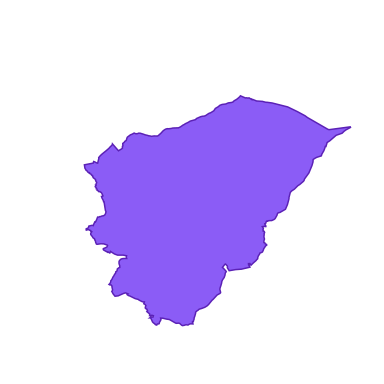 outline of Bengesti-Ciocadia, Gorj, Romania, rotated 209°
{"feature_id": "2599482B44162004756162", "entity_name": "Bengesti-Ciocadia", "entity_type": "district", "adm_level": 2, "iso_a3": "ROU", "parent_name": "Romania", "parent_adm1": "Gorj", "projection": "orthographic", "projection_center": [23.617, 45.092], "detail": "fine", "context": "isolated", "style": "filled", "palette": "violet", "viewbox_px": 384, "rotation_deg": 209, "n_neighbors": 0, "source": "geoboundaries", "source_scale": "gbopen_adm2", "svg_char_len": 5995}
<svg xmlns="http://www.w3.org/2000/svg" viewBox="0 0 384 384"><g transform="rotate(209 192 192)"><path d="M196.3,299.6L196.4,298.6L197.0,296.8L197.9,294.6L199.2,292.5L199.6,291.6L199.9,290.4L200.8,289.5L203.5,287.5L205.2,285.3L208.1,283.2L209.7,281.3L210.4,279.3L212.1,276.4L212.3,273.6L214.2,270.2L215.1,269.3L215.8,268.1L217.1,265.5L218.1,264.3L219.6,263.3L221.0,262.0L223.8,258.3L223.9,257.3L224.1,256.9L227.9,253.2L229.2,250.9L231.0,248.4L231.6,247.1L232.2,246.4L233.6,243.5L234.9,241.6L239.7,238.7L241.0,237.5L243.1,236.0L244.3,235.4L245.3,234.5L246.1,233.3L246.9,231.6L247.9,227.5L248.4,226.6L248.6,225.5L249.3,224.2L252.4,222.6L254.5,221.0L255.9,220.7L257.0,220.2L258.2,220.0L260.6,219.3L262.6,219.0L265.8,218.3L267.2,217.6L267.9,216.7L268.7,216.1L269.8,215.6L271.2,215.5L272.3,213.7L273.6,212.1L275.1,208.7L275.1,207.9L274.6,205.6L274.6,205.0L275.3,203.8L275.4,202.5L276.1,200.9L275.9,200.5L274.8,198.9L275.0,198.4L274.9,198.1L274.7,197.5L274.1,196.8L274.3,195.9L276.3,192.4L284.9,195.5L284.7,195.0L284.7,194.5L285.1,192.8L285.6,191.2L285.8,190.0L287.2,186.2L289.0,181.8L289.8,179.4L290.3,176.9L289.8,176.2L288.5,171.5L289.6,171.2L291.8,171.2L292.8,171.0L292.4,169.4L299.3,163.6L297.2,160.9L295.8,160.1L295.1,159.6L294.0,159.6L293.0,159.0L291.6,158.8L291.3,158.8L291.0,159.2L290.8,159.1L290.7,158.6L288.7,158.6L288.5,158.3L287.9,158.3L287.7,158.0L286.6,157.9L286.3,157.2L285.4,156.9L285.2,156.6L282.5,156.2L282.4,155.8L281.7,155.3L281.4,154.9L280.1,154.3L279.8,153.5L279.9,152.9L279.6,152.3L279.6,152.0L279.3,151.7L279.7,151.3L279.2,151.0L279.2,150.5L279.3,149.9L279.2,149.7L278.9,149.7L277.4,149.0L277.3,148.4L276.7,148.5L276.1,148.1L275.8,147.5L275.5,147.6L274.6,147.5L273.9,147.1L272.7,147.7L272.4,147.5L271.2,147.6L270.2,147.1L268.0,145.4L268.4,144.6L269.0,144.2L267.7,143.0L265.8,141.8L265.1,141.2L264.6,140.6L264.2,140.8L258.7,133.8L257.8,133.2L257.6,132.9L257.2,131.4L257.1,129.8L257.4,129.4L257.6,128.7L257.9,128.3L259.1,127.4L259.9,126.3L260.8,125.7L261.3,124.9L262.4,124.3L262.0,121.5L261.9,118.9L262.5,118.8L262.3,115.6L262.0,114.8L263.4,114.3L265.7,112.2L265.7,111.9L265.3,110.9L265.3,110.6L265.6,109.9L266.7,108.5L266.6,108.2L266.0,107.4L265.8,107.5L264.9,108.5L263.8,109.1L263.2,108.9L262.3,109.0L262.1,109.2L261.9,109.2L261.8,108.9L261.4,108.5L260.4,108.6L260.6,106.8L260.0,105.8L258.8,105.2L257.7,104.8L256.2,103.9L254.7,103.9L254.1,103.5L254.1,103.1L252.8,102.4L251.8,101.2L250.3,100.1L249.6,100.3L246.8,102.4L244.2,103.8L240.4,104.5L240.0,104.4L239.7,102.8L240.4,101.6L242.1,99.5L242.0,99.1L241.6,98.6L241.0,98.4L236.6,98.4L236.7,98.8L236.4,98.9L234.3,98.8L234.3,99.9L234.5,100.5L229.8,100.2L226.5,100.7L221.6,103.4L218.3,104.5L218.1,103.6L217.6,102.8L216.9,102.2L219.4,100.8L220.8,99.8L221.8,98.5L222.2,96.6L222.1,95.8L221.3,94.3L220.8,93.7L219.4,92.4L218.6,91.0L219.2,90.4L220.0,88.5L219.4,86.8L219.5,86.2L220.0,85.2L219.5,84.0L219.8,82.4L219.7,80.9L219.9,79.3L219.7,76.9L219.8,75.8L220.0,75.1L219.5,73.8L219.4,73.1L219.6,71.6L219.8,70.9L218.8,70.9L217.8,71.5L216.3,70.9L216.1,70.3L214.1,68.0L213.8,67.2L214.0,66.2L211.5,64.6L208.8,63.5L206.2,65.4L202.6,70.2L201.3,71.5L198.9,71.9L198.7,71.9L199.2,71.2L199.1,70.8L198.0,70.7L197.5,70.6L196.1,70.9L190.0,71.2L186.9,72.0L186.1,71.8L182.8,71.9L181.7,72.1L180.4,72.8L180.0,70.9L178.8,70.9L177.3,70.4L177.0,68.7L176.7,68.0L176.5,67.8L176.0,67.9L175.8,67.6L174.4,67.6L174.2,67.1L173.2,66.5L173.5,65.5L169.9,64.8L169.2,63.3L167.2,64.8L165.8,65.1L165.5,63.6L166.4,63.1L167.5,63.0L167.6,62.2L167.9,61.5L167.4,61.8L167.1,61.7L165.9,61.0L163.5,59.2L162.1,58.8L160.5,58.7L160.1,58.3L158.8,58.3L158.3,58.6L158.5,59.3L158.3,59.8L157.1,60.5L156.9,61.0L157.3,62.4L157.2,64.3L157.3,65.3L157.6,65.8L158.3,66.5L156.5,67.4L152.6,68.5L150.0,69.5L142.7,69.4L141.8,69.7L140.2,70.8L139.1,71.1L136.6,70.5L135.6,70.5L134.3,71.5L132.9,73.0L131.0,73.7L130.2,75.2L129.5,75.9L127.2,77.1L127.8,77.7L128.2,77.8L128.7,78.8L128.5,79.1L128.0,79.3L128.4,80.6L128.4,81.1L128.5,81.6L129.1,83.0L129.3,84.5L130.0,87.5L130.5,88.5L130.4,89.2L130.2,90.0L129.3,91.7L129.2,92.3L128.8,93.1L127.1,94.8L124.9,97.4L123.5,99.9L123.3,100.7L123.0,101.4L122.0,107.0L121.5,108.3L120.1,114.1L118.4,116.8L118.2,117.7L118.4,118.2L120.5,120.4L120.9,121.6L121.4,124.3L122.0,126.9L122.5,128.0L122.7,130.0L122.4,132.9L122.6,133.6L122.7,134.8L123.5,137.1L123.6,137.5L123.4,138.9L124.2,139.4L127.5,140.5L128.8,140.8L128.2,144.6L127.8,145.2L125.4,144.5L124.9,144.1L124.4,142.9L121.3,141.2L116.2,145.3L111.3,148.5L104.9,154.3L106.1,155.2L107.0,155.6L106.7,155.9L107.8,156.8L106.7,157.5L104.9,156.6L103.9,159.9L102.7,163.2L102.7,163.9L102.2,165.3L102.3,165.8L102.7,166.5L103.0,168.1L102.8,170.6L103.1,171.3L101.5,173.3L101.3,173.8L101.5,176.2L101.8,177.2L101.6,178.3L101.5,180.4L100.9,181.8L101.4,182.3L102.7,182.1L103.3,182.7L103.8,182.8L104.6,182.6L105.0,183.2L105.6,184.8L105.7,185.5L105.8,186.0L106.9,187.1L107.8,188.4L108.0,189.4L108.3,189.8L108.9,191.0L108.8,191.3L108.9,191.5L108.9,191.9L109.7,192.5L110.0,192.6L110.8,192.3L111.1,192.7L111.2,193.2L111.7,193.6L112.0,194.9L113.7,195.8L112.6,196.7L110.7,197.5L110.8,198.0L111.6,197.8L111.8,198.4L112.9,199.5L112.3,200.0L112.6,201.5L112.7,202.6L111.6,203.1L111.7,203.6L111.2,204.0L108.4,205.7L107.0,207.6L106.6,208.4L106.4,209.2L106.4,213.0L106.7,213.9L106.7,214.9L106.5,215.6L105.2,216.7L101.9,222.2L102.4,227.2L103.9,233.1L104.5,234.2L105.8,239.2L105.6,240.2L105.4,241.1L103.8,244.2L102.5,248.8L101.4,250.8L99.7,255.4L99.6,256.5L99.9,257.9L99.0,265.3L99.9,273.3L100.7,276.8L101.8,279.2L100.5,281.6L99.7,282.8L96.4,286.3L96.8,288.2L96.7,291.9L97.0,294.1L97.5,296.5L96.9,296.7L97.8,300.8L96.3,303.6L93.4,311.5L89.2,316.2L88.4,318.9L87.5,320.9L84.7,325.3L85.2,325.7L102.3,313.0L103.4,312.7L127.2,313.1L130.1,313.5L138.8,313.4L149.6,312.8L165.1,308.7L169.7,306.9L170.8,306.3L173.5,305.6L174.1,305.5L179.7,302.9L183.7,302.4L183.7,302.1L184.1,301.8L184.4,302.0L185.0,301.9L185.2,302.2L185.8,301.9L187.7,302.0L188.7,301.2L189.8,300.9L191.0,300.1L191.5,300.1L196.3,299.6Z" fill="#8b5cf6" stroke="#5b21b6" stroke-width="1.5"/></g></svg>